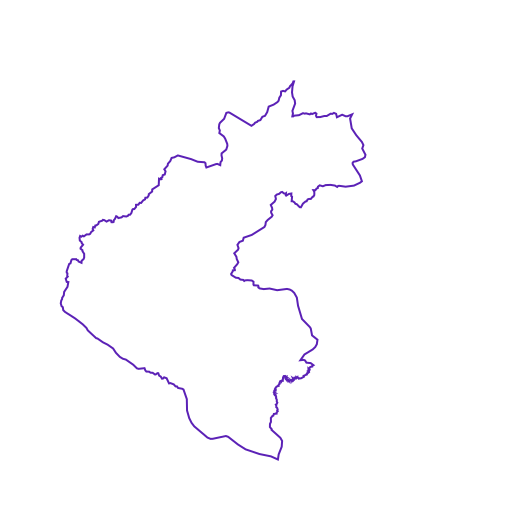 San Martin, San Martín, Peru (orthographic projection), rotated 130°
{"feature_id": "86281439B4761836687342", "entity_name": "San Martin", "entity_type": "district", "adm_level": 2, "iso_a3": "PER", "parent_name": "Peru", "parent_adm1": "San Martín", "projection": "orthographic", "projection_center": [-75.887, -6.437], "detail": "fine", "context": "isolated", "style": "outline", "palette": "violet", "viewbox_px": 512, "rotation_deg": 130, "n_neighbors": 0, "source": "geoboundaries", "source_scale": "gbopen_adm2", "svg_char_len": 6152}
<svg xmlns="http://www.w3.org/2000/svg" viewBox="0 0 512 512"><g transform="rotate(130 256 256)"><path d="M280.6,155.1L280.8,162.0L276.3,167.5L275.8,169.3L274.7,180.3L267.1,191.8L261.6,198.0L259.7,203.0L259.5,206.2L260.0,208.6L261.3,211.1L268.6,217.8L272.2,224.7L276.4,228.8L278.5,232.4L278.6,234.0L277.6,234.6L277.3,235.4L279.8,238.8L279.6,239.5L277.3,241.4L277.5,243.5L280.0,247.0L281.7,248.7L282.7,249.0L282.5,250.4L284.1,252.8L284.1,255.3L285.6,257.5L286.3,262.4L285.8,263.5L282.5,264.0L281.9,264.5L280.5,263.1L279.8,263.7L279.2,265.2L274.3,265.1L272.2,265.5L270.7,268.8L269.2,270.5L267.9,274.4L262.8,273.8L261.2,274.4L259.4,277.4L255.9,277.7L252.7,275.9L249.9,277.2L242.6,272.8L228.4,268.2L226.2,268.7L223.7,270.3L220.8,270.2L215.8,269.2L214.1,269.5L213.1,272.2L212.0,273.2L210.0,273.3L208.8,274.6L207.4,277.5L202.4,276.7L199.5,277.4L197.7,279.8L195.6,279.6L193.5,278.2L191.2,277.9L190.1,277.1L190.1,274.9L189.5,273.6L188.7,273.4L190.3,272.3L190.4,271.7L187.3,270.7L185.4,269.1L187.4,267.6L187.4,266.5L191.1,263.9L190.5,263.2L190.2,261.0L190.7,259.3L190.1,258.2L190.5,253.9L189.8,252.9L185.7,253.7L182.3,253.1L181.6,252.4L179.5,252.8L178.2,252.1L177.1,250.7L174.1,250.7L173.6,250.2L171.9,250.5L170.6,251.5L169.3,252.7L168.7,254.4L167.4,252.8L165.4,253.0L164.3,252.3L163.1,253.1L160.9,252.6L159.6,249.6L156.9,248.2L153.6,244.6L151.3,240.8L150.9,238.2L149.5,238.1L148.7,237.3L145.3,231.9L139.1,226.2L133.0,223.4L130.7,222.9L127.5,228.2L123.7,240.6L122.7,241.8L121.1,241.9L119.2,240.3L113.1,236.8L110.3,236.1L108.1,237.2L105.4,243.7L102.0,245.0L100.6,248.1L99.0,256.9L96.7,264.7L90.2,272.3L85.7,273.4L90.2,275.8L91.3,277.1L92.4,280.8L97.7,283.2L95.6,286.0L96.3,288.3L98.1,288.9L99.0,290.3L103.3,291.8L104.9,293.7L108.4,296.2L110.6,298.8L110.0,300.2L108.1,301.2L108.2,302.7L111.2,304.3L111.5,305.5L112.9,305.8L114.6,309.4L115.6,310.1L116.4,311.8L120.5,313.6L124.0,317.0L125.1,317.2L125.7,317.9L123.1,319.3L121.4,321.4L114.1,324.0L111.8,326.5L110.3,330.4L107.5,333.6L102.5,337.1L97.8,339.1L98.2,339.6L100.2,338.9L104.1,339.1L105.7,338.6L108.8,339.5L111.2,339.5L112.1,341.4L113.9,342.5L116.9,340.2L119.7,339.9L122.5,338.5L124.3,338.5L128.7,339.8L133.4,342.3L138.6,339.9L142.8,339.2L145.3,340.6L149.1,340.0L151.3,341.4L152.4,341.3L154.5,342.4L156.1,342.3L159.2,343.2L163.2,368.5L163.7,369.5L165.4,370.7L171.4,368.6L177.1,369.2L178.7,368.8L181.9,366.7L183.1,364.4L185.4,363.1L185.1,357.6L185.9,355.1L188.6,350.1L190.0,348.7L193.6,347.2L199.5,348.3L201.1,347.1L203.0,344.6L204.8,343.5L206.9,343.5L209.4,341.8L210.3,344.8L211.3,345.7L220.1,350.9L219.1,352.7L217.4,354.3L217.3,355.7L221.3,361.3L223.5,368.0L229.2,380.5L232.9,382.0L235.1,383.7L238.4,382.7L241.9,382.8L243.6,381.8L248.5,382.0L249.3,379.7L252.2,378.3L254.0,379.4L255.9,378.4L257.1,378.9L257.9,377.8L258.5,378.2L259.1,380.0L264.3,376.0L271.7,378.3L273.4,377.0L277.5,377.9L278.6,377.1L281.1,376.8L282.5,378.2L283.9,377.4L286.0,378.2L289.2,378.1L290.0,379.3L292.3,379.1L293.9,380.8L295.5,379.4L298.3,379.4L299.1,380.4L299.9,380.5L303.2,379.1L305.3,379.0L306.3,380.1L307.5,379.9L309.1,380.7L310.9,383.5L312.8,383.8L315.4,385.8L315.1,387.5L315.4,388.7L318.3,387.9L320.4,387.9L321.3,387.0L322.1,387.3L323.0,388.4L322.0,389.8L323.1,391.6L325.7,392.6L326.0,395.2L326.7,396.5L327.6,396.4L330.8,398.3L332.8,397.4L335.2,398.0L335.9,398.7L337.8,397.9L338.4,399.3L340.3,398.5L340.9,397.1L343.6,397.7L345.6,397.3L346.7,397.7L348.4,399.7L351.6,400.5L351.8,401.8L353.5,402.2L353.7,403.6L355.5,402.9L357.4,400.9L357.5,398.4L358.2,397.7L358.5,395.7L362.2,395.7L363.2,395.1L363.1,392.7L363.9,391.9L364.8,389.0L367.7,386.6L369.3,386.1L371.7,386.5L373.4,385.3L374.3,388.4L373.7,389.6L374.3,390.9L374.0,391.7L376.6,394.7L377.8,394.8L380.9,393.4L382.2,394.0L389.4,391.2L390.4,390.3L390.5,389.3L392.7,387.7L392.8,387.0L395.7,387.2L397.5,384.3L396.6,383.0L400.8,380.6L406.8,379.9L409.6,378.0L412.7,377.6L413.7,376.8L415.2,376.6L417.8,375.1L419.4,372.7L419.4,371.1L421.4,368.8L421.6,366.2L420.1,354.5L419.7,344.9L420.1,339.6L421.1,337.1L421.7,325.5L421.1,324.5L420.5,317.7L419.3,312.7L418.7,306.0L420.2,301.1L420.8,295.5L420.3,292.0L419.0,289.1L418.2,280.2L418.6,275.0L417.9,273.4L413.6,269.3L414.8,267.2L415.0,265.7L413.3,263.5L413.2,261.8L411.9,260.1L411.7,257.2L411.2,256.7L409.1,256.2L408.6,255.5L409.9,253.3L409.6,251.4L410.4,249.1L409.5,248.4L408.0,248.4L407.1,245.9L409.5,240.7L408.4,239.9L407.2,236.5L407.6,233.8L406.7,232.7L407.2,230.9L405.1,227.1L404.9,225.7L410.1,217.0L418.7,209.5L423.1,203.0L425.2,198.2L426.2,193.8L426.3,176.5L425.3,173.3L423.9,171.7L413.3,163.4L412.4,161.0L412.0,148.8L410.8,139.7L405.5,126.1L399.9,115.8L397.8,108.4L393.4,111.1L385.6,113.7L380.9,117.1L379.6,120.5L379.2,132.3L378.6,132.6L378.1,135.4L375.6,137.4L373.5,137.9L370.5,140.5L367.9,140.6L367.2,140.1L365.5,140.8L363.5,138.9L362.7,139.6L360.9,139.6L360.7,140.5L359.7,140.7L358.8,142.1L358.8,143.3L357.6,144.2L357.1,145.3L356.2,145.0L354.6,145.4L354.2,146.5L352.8,147.6L351.9,149.5L351.1,149.8L349.8,151.7L350.5,152.0L350.2,153.2L348.9,154.3L348.6,153.9L348.7,154.7L348.1,154.6L347.7,155.2L346.6,154.5L346.3,155.2L346.0,154.8L345.4,155.2L345.1,156.2L342.9,156.3L341.1,155.3L341.0,155.8L338.6,155.7L338.5,156.3L336.3,157.0L335.5,156.5L335.8,155.9L334.8,156.1L334.4,155.3L331.5,157.3L330.8,157.4L330.5,156.9L330.0,157.4L329.2,156.6L329.8,155.5L328.7,155.0L329.5,154.4L329.3,153.8L330.1,154.1L329.7,153.3L330.5,154.0L330.7,153.3L331.2,153.5L331.3,152.1L330.3,151.7L331.1,151.5L330.7,151.0L331.1,150.6L330.2,150.3L330.4,149.6L329.8,150.0L328.4,149.7L328.3,148.7L328.7,148.1L328.3,148.2L328.1,147.7L327.5,148.1L327.3,147.4L326.8,147.3L325.9,149.1L325.8,147.9L324.9,148.2L324.9,147.5L324.2,147.7L324.1,147.2L323.5,147.4L323.5,146.9L322.9,147.3L322.9,146.4L322.1,146.3L322.5,145.8L322.0,144.6L322.3,144.3L320.6,142.8L317.7,141.7L317.2,142.5L314.3,141.0L314.2,141.4L312.8,141.5L312.7,141.1L310.8,140.7L310.4,141.2L310.8,141.3L310.8,142.3L309.8,142.0L309.7,141.6L308.9,141.7L309.3,142.8L308.4,143.6L308.4,142.8L306.1,143.1L304.6,141.9L304.2,142.3L302.7,141.8L302.9,145.3L305.3,148.8L304.5,151.2L304.9,152.7L307.3,155.0L300.3,155.6L291.1,152.5L287.7,152.1L284.5,152.7L280.6,155.1Z" fill="none" stroke="#5b21b6" stroke-width="2"/></g></svg>